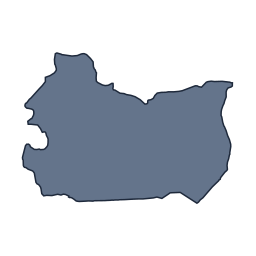 outline of Chiquimula, Chiquimula, Guatemala, rotated 176°
{"feature_id": "79465075B13186946486683", "entity_name": "Chiquimula", "entity_type": "district", "adm_level": 2, "iso_a3": "GTM", "parent_name": "Guatemala", "parent_adm1": "Chiquimula", "projection": "natural_earth1", "projection_center": [-89.563, 14.792], "detail": "fine", "context": "isolated", "style": "filled", "palette": "slate", "viewbox_px": 256, "rotation_deg": 176, "n_neighbors": 0, "source": "geoboundaries", "source_scale": "gbopen_adm2", "svg_char_len": 2714}
<svg xmlns="http://www.w3.org/2000/svg" viewBox="0 0 256 256"><g transform="rotate(176 128 128)"><path d="M28.2,94.8L28.2,96.2L26.8,102.2L26.7,104.7L27.7,109.5L29.1,113.3L30.3,118.5L31.8,122.8L32.2,123.3L33.1,127.1L33.7,132.5L34.3,134.1L33.9,137.8L33.3,140.1L31.7,143.8L30.6,145.6L29.6,148.5L27.9,152.1L27.6,157.1L26.8,159.3L25.3,161.0L22.3,161.7L21.0,162.6L20.7,165.8L21.9,165.9L23.2,166.6L30.9,168.0L38.5,168.3L41.7,168.9L45.0,168.7L46.7,168.2L51.8,163.6L54.6,164.3L56.0,165.2L58.0,165.4L71.3,161.4L74.7,161.0L79.9,160.9L85.1,161.3L87.7,161.0L92.3,161.2L96.4,160.8L98.9,158.6L100.7,155.8L103.2,154.6L105.8,154.4L106.4,153.7L106.6,151.6L107.5,150.8L109.5,150.7L113.9,155.4L118.7,158.7L122.9,160.4L127.1,161.4L129.5,162.6L133.6,163.3L138.3,166.7L139.9,167.1L140.4,168.7L139.9,170.0L139.8,173.5L140.9,173.7L144.7,172.0L147.8,171.9L150.5,172.7L155.1,175.5L156.3,176.9L156.3,180.4L155.6,185.3L156.1,186.0L156.6,188.1L157.0,188.7L157.7,189.6L157.9,190.8L158.2,191.2L158.2,196.4L160.6,200.0L164.2,204.1L166.5,205.2L167.5,205.3L169.5,205.1L173.5,203.8L178.9,203.7L188.2,205.7L188.8,205.7L189.5,206.3L193.7,207.8L195.3,207.2L196.6,201.5L196.6,196.8L196.2,196.2L195.4,192.4L195.5,190.6L197.6,188.1L202.3,185.6L206.9,184.3L207.2,180.0L210.5,176.3L213.7,173.4L222.4,165.0L223.1,164.4L224.4,163.5L227.4,160.0L227.9,160.0L228.9,159.0L229.3,157.2L228.8,156.1L227.5,154.8L225.8,154.5L222.6,153.5L221.4,152.6L220.9,151.5L220.9,149.1L221.4,147.3L223.1,144.5L223.3,144.1L224.1,144.0L227.5,141.7L227.3,138.7L224.5,138.5L217.9,137.3L215.3,133.4L213.8,129.7L211.8,130.0L211.0,129.8L210.3,128.8L209.9,126.3L208.7,123.5L208.5,122.3L208.8,118.8L209.3,116.3L210.2,115.0L212.2,113.1L213.6,112.5L216.9,112.5L218.0,113.2L220.4,112.9L223.0,113.2L226.7,116.1L227.1,117.7L228.3,118.8L230.2,118.9L231.5,117.5L235.3,106.1L235.3,104.3L234.8,103.2L235.0,98.0L234.7,96.9L234.0,96.0L232.5,95.6L230.6,93.9L226.1,91.8L225.0,90.3L224.6,89.5L223.6,80.2L222.6,78.6L221.1,77.8L219.5,75.4L219.0,73.4L218.6,68.5L216.8,66.2L213.8,66.5L208.6,65.9L202.8,66.8L199.5,65.8L197.2,66.5L195.1,66.1L191.7,64.2L192.1,63.3L191.2,62.7L190.1,62.7L189.0,62.3L187.1,60.9L184.8,58.8L182.9,58.3L181.4,58.1L175.4,58.0L172.4,58.0L168.0,57.5L166.6,57.8L161.4,57.5L156.1,57.2L153.8,57.2L150.8,57.1L148.8,57.2L147.9,57.0L146.2,57.1L143.9,57.0L143.5,56.9L143.1,56.9L142.4,56.9L141.8,57.0L141.4,57.0L140.9,57.0L139.0,56.9L136.4,56.8L128.7,56.7L122.4,56.5L118.3,56.2L114.4,56.3L107.6,56.5L104.0,57.1L99.1,55.4L93.1,58.8L90.4,60.4L80.4,60.1L64.5,48.2L62.9,49.1L60.9,51.3L58.1,53.2L48.0,63.4L41.2,69.1L40.9,69.8L39.6,70.4L39.1,72.0L34.5,77.1L32.8,78.4L32.3,78.8L31.7,79.8L31.8,83.8L31.1,87.2L29.8,90.1L28.7,94.1L28.2,94.8Z" fill="#64748b" stroke="#1e293b" stroke-width="1.5"/></g></svg>